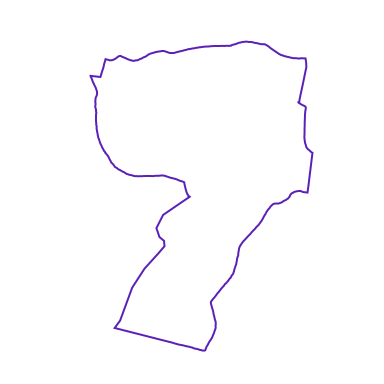 the district of Mbacke, Diourbel, Senegal, rotated 97°
{"feature_id": "50182788B63857747785645", "entity_name": "Mbacke", "entity_type": "district", "adm_level": 2, "iso_a3": "SEN", "parent_name": "Senegal", "parent_adm1": "Diourbel", "projection": "orthographic", "projection_center": [-15.86, 14.756], "detail": "fine", "context": "isolated", "style": "outline", "palette": "violet", "viewbox_px": 384, "rotation_deg": 97, "n_neighbors": 0, "source": "geoboundaries", "source_scale": "gbopen_adm2", "svg_char_len": 5863}
<svg xmlns="http://www.w3.org/2000/svg" viewBox="0 0 384 384"><g transform="rotate(97 192 192)"><path d="M70.7,294.0L72.4,294.2L75.6,294.8L79.2,295.1L84.7,296.2L88.5,296.8L89.0,297.0L89.1,306.8L89.8,306.6L90.1,306.5L90.5,306.0L93.2,304.6L94.2,304.1L95.2,303.6L96.9,302.4L98.2,301.7L100.0,300.4L101.5,299.7L102.8,299.0L103.7,298.6L106.6,298.1L108.4,298.5L110.2,299.1L111.4,299.1L113.0,299.0L114.2,299.1L115.0,298.7L116.8,298.4L118.6,298.5L119.9,298.2L120.8,297.8L122.0,297.3L123.6,297.1L124.9,296.6L126.8,296.7L127.6,296.6L131.3,296.2L133.4,295.9L135.5,295.4L136.7,295.3L138.6,294.6L140.4,294.5L142.0,294.0L144.0,293.4L145.7,292.8L146.7,292.6L148.1,292.0L149.4,291.7L151.0,290.7L152.3,290.2L155.2,288.8L156.4,287.9L159.3,286.2L160.1,285.4L161.7,284.6L162.6,283.4L163.8,282.8L164.1,282.1L165.1,281.3L165.9,280.3L167.5,279.1L168.9,278.2L170.1,277.4L171.2,276.5L172.4,275.9L173.6,274.3L174.6,273.2L175.4,272.4L176.5,271.6L177.5,269.2L178.3,268.1L178.7,267.2L179.1,265.8L179.6,264.8L180.3,263.2L180.6,261.9L181.3,260.5L182.0,259.1L182.2,257.7L182.6,256.2L182.6,255.2L182.7,253.9L183.1,251.9L183.2,250.7L183.0,249.2L183.0,247.4L182.7,246.1L182.5,244.1L182.1,242.0L181.7,239.7L181.5,237.8L181.1,234.2L181.0,232.6L180.7,231.6L180.2,229.3L180.0,227.2L179.7,225.9L179.3,224.4L179.2,223.2L179.2,221.0L179.7,219.0L179.8,218.1L180.3,216.0L180.5,214.6L180.8,211.9L181.0,210.3L181.4,208.4L181.8,207.1L182.3,205.5L182.5,204.3L182.8,202.5L183.3,200.9L184.6,200.6L185.9,200.1L186.9,199.8L188.0,199.3L189.8,198.7L190.8,198.2L192.2,197.7L194.8,196.3L195.5,195.5L196.5,195.1L196.5,194.5L197.0,193.7L204.1,201.8L218.3,217.9L232.2,222.9L240.7,218.8L243.9,213.8L249.2,212.7L256.7,217.7L273.9,229.8L294.2,239.7L328.4,247.7L336.4,252.2L343.6,195.9L343.9,193.3L344.4,190.9L344.7,188.6L345.0,186.9L345.2,184.1L345.3,182.1L345.6,180.1L345.8,178.5L345.9,176.4L346.2,174.4L346.4,172.6L347.0,170.9L347.1,168.6L347.3,167.3L347.4,166.2L347.8,165.0L347.8,163.7L348.1,162.6L347.9,161.1L347.9,160.1L347.4,159.6L346.1,159.2L343.7,158.7L341.7,157.7L339.9,157.1L338.2,156.4L337.0,155.7L336.0,155.2L334.7,154.6L333.5,154.2L332.8,154.0L331.7,153.8L330.8,153.4L329.5,153.1L328.2,152.8L325.6,152.3L324.7,152.0L323.7,152.0L321.9,152.3L320.6,152.3L319.6,152.4L318.9,152.6L317.9,152.7L315.9,153.7L312.4,154.9L310.3,155.8L309.0,156.1L307.5,156.6L305.8,157.4L304.0,158.2L302.4,158.8L301.7,159.1L300.7,159.5L299.7,159.8L298.5,159.8L297.6,159.2L295.6,158.1L294.4,157.2L292.6,156.1L291.0,155.2L289.5,154.4L287.8,153.2L286.3,152.3L284.6,151.3L282.3,149.8L281.0,148.8L279.5,148.2L278.7,147.3L275.3,145.0L274.2,144.5L272.9,143.7L272.1,143.0L271.1,142.8L269.5,142.1L268.9,141.6L267.9,141.1L266.9,141.0L265.7,140.7L263.9,140.5L262.4,140.3L260.9,139.9L259.9,139.8L258.4,139.3L257.6,139.3L253.7,139.1L252.5,139.1L251.5,139.0L250.2,138.6L249.0,138.4L247.4,138.6L246.5,138.6L245.5,138.5L244.5,138.5L243.8,138.4L242.6,138.4L241.9,138.3L240.9,138.1L239.2,137.5L239.1,137.4L238.0,136.9L234.9,135.2L232.5,133.4L228.8,130.8L226.4,128.9L224.1,127.5L220.5,124.7L219.0,123.9L216.6,121.9L215.1,121.1L212.4,119.6L210.4,118.7L206.7,117.3L204.7,116.3L202.9,115.7L201.3,114.9L200.0,114.2L198.7,113.2L196.9,112.3L195.6,111.3L194.4,110.3L193.6,109.1L193.4,108.0L193.1,106.7L193.0,105.1L192.6,104.1L192.0,102.9L191.4,101.8L190.7,100.9L189.8,100.0L189.1,98.9L188.4,97.7L187.4,96.7L186.6,95.7L185.4,95.1L184.8,94.5L183.4,94.3L181.3,93.1L180.4,91.5L179.6,90.8L178.5,88.1L177.7,84.7L178.5,81.8L178.5,77.3L172.9,77.2L138.4,77.2L138.3,77.7L137.3,79.3L136.4,80.5L135.8,81.5L135.1,82.5L134.3,83.3L133.5,84.0L132.5,84.4L131.2,84.9L129.9,85.6L128.5,86.0L125.7,86.8L124.4,87.0L123.5,87.2L122.0,87.3L119.5,87.5L117.7,87.7L114.7,88.1L112.7,88.2L110.2,88.5L108.3,88.7L105.8,88.9L103.1,89.1L101.6,89.3L97.4,89.4L95.4,89.2L94.6,89.3L94.1,89.4L93.7,89.6L93.4,90.0L93.1,90.4L92.8,91.1L92.6,91.8L92.4,92.6L92.0,93.5L91.7,94.3L91.3,95.2L90.9,95.9L90.5,96.9L90.2,97.2L90.0,97.4L89.8,97.4L89.3,96.5L86.9,96.5L83.1,96.2L77.8,95.7L71.0,95.1L57.2,94.0L54.4,93.7L49.9,94.4L45.6,95.6L45.8,98.5L45.9,99.4L46.0,100.5L46.5,101.5L46.5,102.8L46.5,104.4L46.6,106.2L46.9,108.0L46.7,109.0L46.5,111.4L46.3,112.6L46.2,114.1L46.0,115.3L45.9,116.8L45.6,117.9L45.3,119.0L45.3,120.1L44.8,121.2L44.4,122.4L43.8,123.5L43.5,124.2L42.8,125.3L42.4,126.4L41.8,127.2L41.5,128.0L40.3,130.3L39.7,131.4L38.9,132.7L38.1,133.8L37.7,135.0L37.1,135.9L36.8,137.0L36.5,138.1L36.6,139.4L36.9,141.3L36.5,144.5L36.3,145.9L36.4,147.4L36.1,149.2L35.9,151.0L36.0,152.6L36.2,153.6L36.1,155.1L36.1,156.5L36.7,158.9L36.9,160.0L37.3,161.2L37.9,162.4L38.2,163.7L38.9,164.9L39.6,166.3L40.1,167.2L40.8,169.2L41.1,170.1L41.9,170.8L42.1,172.0L42.5,172.9L42.5,173.8L42.6,175.1L42.8,176.5L43.2,177.9L43.2,179.4L43.4,180.7L43.7,182.1L44.0,184.8L44.2,186.1L44.2,186.9L44.5,187.8L44.6,188.9L44.8,190.1L45.0,190.8L45.4,192.8L45.7,193.8L45.8,195.1L46.0,196.1L46.2,197.1L46.4,198.1L46.7,199.2L47.3,201.3L47.4,202.3L47.9,203.4L48.2,204.7L48.6,206.1L49.0,206.9L49.3,208.4L49.6,209.4L49.9,210.2L50.4,211.6L50.6,212.9L51.1,213.9L51.6,215.1L52.3,217.1L52.7,217.9L53.1,219.0L53.5,219.9L53.7,220.9L54.4,222.3L54.6,222.9L54.8,223.7L55.6,225.4L56.1,226.6L56.3,227.5L56.4,228.3L56.6,229.3L56.7,230.7L56.6,231.7L56.3,233.0L56.0,234.4L55.9,235.1L55.6,236.0L55.5,237.3L55.7,238.9L56.2,240.4L56.8,242.9L57.2,243.8L57.6,245.4L58.3,246.4L58.5,247.4L59.0,248.4L59.6,249.9L60.2,250.9L60.9,252.0L61.9,253.1L62.7,253.9L63.3,254.6L63.8,255.8L64.3,256.4L64.6,257.0L65.6,258.2L66.0,259.0L66.4,259.9L67.0,260.7L67.5,261.4L68.0,262.4L68.1,263.3L68.3,264.3L68.7,264.9L68.9,266.1L69.0,267.2L68.7,268.1L68.7,269.1L68.5,270.1L68.2,271.1L68.0,272.1L67.7,273.0L67.3,273.9L67.0,275.2L66.6,276.4L66.5,277.4L66.1,278.3L65.7,279.2L65.8,280.2L66.1,281.0L66.5,281.7L68.1,283.3L69.1,284.3L70.7,286.8L71.0,287.8L71.2,288.8L71.4,289.8L71.1,290.5L71.0,291.4L70.9,292.0L70.9,292.8L70.8,293.6L70.7,294.0Z" fill="none" stroke="#5b21b6" stroke-width="2"/></g></svg>